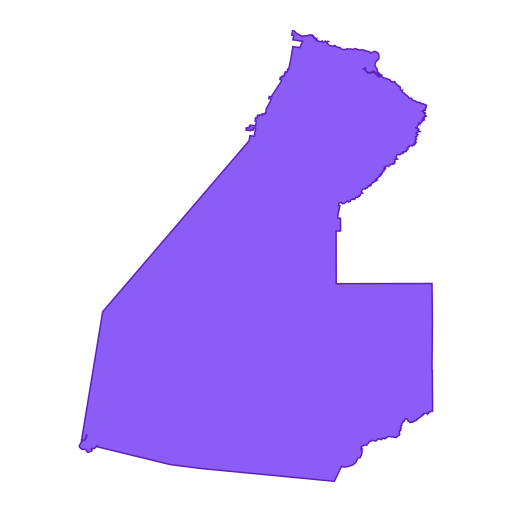 the district of Waratah-Wynyard, Tasmania, Australia
{"feature_id": "25037944B19706345556765", "entity_name": "Waratah-Wynyard", "entity_type": "district", "adm_level": 2, "iso_a3": "AUS", "parent_name": "Australia", "parent_adm1": "Tasmania", "projection": "natural_earth1", "projection_center": [145.692, -41.307], "detail": "fine", "context": "isolated", "style": "filled", "palette": "violet", "viewbox_px": 512, "rotation_deg": 0, "n_neighbors": 0, "source": "geoboundaries", "source_scale": "gbopen_adm2", "svg_char_len": 5929}
<svg xmlns="http://www.w3.org/2000/svg" viewBox="0 0 512 512"><path d="M424.6,116.1L424.8,113.9L425.3,113.4L424.9,112.4L424.2,112.1L424.4,112.9L424.0,113.1L423.5,112.1L422.2,111.5L424.2,110.1L425.4,110.2L425.3,109.7L424.6,109.6L424.4,109.1L425.9,108.1L426.3,106.6L426.1,106.1L426.5,105.7L426.2,105.2L423.4,103.9L421.1,103.6L420.3,103.0L420.1,102.4L417.2,102.2L415.8,101.2L412.0,99.9L411.8,98.3L409.2,98.1L407.5,96.0L405.3,94.4L404.4,93.2L402.1,92.2L401.9,91.2L402.5,90.2L401.5,90.4L400.6,89.6L400.2,86.9L399.3,86.3L398.7,86.4L398.4,85.7L397.0,84.9L395.0,82.4L394.7,81.6L393.2,82.0L391.4,81.6L389.8,79.7L388.0,79.0L387.5,79.3L385.8,78.2L383.6,77.9L381.3,76.2L380.1,76.6L377.9,76.4L377.4,76.0L377.2,75.0L375.6,73.9L374.6,72.4L373.2,72.3L373.4,71.7L371.5,72.4L371.3,73.0L367.9,72.9L368.1,73.6L365.5,70.3L365.0,69.0L365.2,68.2L364.0,69.0L362.4,69.1L364.0,68.9L364.9,68.1L365.3,68.2L365.1,69.0L365.9,70.7L366.7,71.2L367.0,72.1L367.9,72.6L370.7,72.5L373.4,71.2L377.6,74.0L378.4,75.7L380.4,75.9L381.0,75.4L382.5,75.1L381.6,75.1L379.2,73.6L378.7,72.6L377.8,72.1L377.1,70.7L377.2,69.2L375.0,65.9L375.0,64.6L375.8,61.9L378.8,58.7L379.0,56.2L378.5,53.6L377.1,52.3L375.4,51.5L374.1,51.5L370.4,53.1L370.1,52.3L368.4,51.3L365.4,50.9L364.7,50.2L364.2,50.4L361.8,49.6L359.6,50.2L355.1,48.5L353.5,49.5L350.9,49.0L348.5,49.1L347.2,48.6L346.3,49.5L342.4,49.5L341.3,48.9L340.2,47.8L339.2,47.3L337.8,47.4L336.2,46.7L335.3,45.7L334.5,45.7L334.1,46.1L333.9,45.8L333.6,46.1L330.9,46.0L328.9,45.1L327.8,44.0L327.3,42.9L327.3,42.2L328.5,41.5L328.0,41.3L327.1,41.6L326.8,42.4L325.2,41.1L323.6,42.3L322.4,41.7L322.4,41.0L320.3,41.7L317.7,40.9L317.6,40.3L317.0,40.5L317.1,40.2L316.3,39.9L316.4,39.5L315.8,39.5L316.2,38.9L315.8,39.1L315.5,38.5L314.7,38.4L314.9,37.8L313.7,37.4L313.9,37.1L313.6,36.3L314.2,36.1L312.2,35.8L312.1,34.9L311.0,35.2L310.0,34.7L307.4,35.7L302.5,36.0L301.5,36.5L301.3,35.8L295.7,32.8L294.5,31.0L292.5,30.7L291.8,35.1L293.7,35.3L292.9,39.8L302.7,41.3L299.7,47.6L292.9,46.6L290.9,58.8L288.6,69.4L287.6,69.2L287.0,72.1L285.4,71.8L285.1,73.3L284.7,73.2L284.2,75.8L283.4,75.7L283.3,76.3L282.0,76.2L281.8,77.4L280.3,77.2L279.9,79.5L281.5,79.8L281.2,81.5L271.8,95.8L271.6,96.8L269.2,96.4L268.9,98.7L271.0,99.0L270.7,100.7L266.3,108.6L265.7,113.1L265.1,113.0L264.9,114.1L262.3,113.7L262.0,115.2L259.4,114.9L259.3,115.6L257.5,115.3L257.1,118.0L255.6,117.8L255.1,120.9L256.2,121.1L255.6,125.8L250.3,125.1L250.1,126.1L249.4,126.0L249.2,127.8L246.3,127.8L246.0,130.1L250.6,130.7L250.7,129.8L253.1,130.2L253.5,127.9L255.6,128.2L254.3,136.3L250.0,135.6L249.1,140.8L102.7,311.7L81.4,441.1L82.0,441.2L81.6,440.5L81.8,440.0L82.2,440.0L82.7,440.5L84.8,439.8L85.6,437.9L86.3,437.2L86.3,435.0L86.7,435.0L87.2,435.6L86.4,435.2L86.5,437.1L84.9,439.9L82.7,440.6L81.8,440.2L82.2,441.3L81.4,441.5L81.2,442.5L79.4,445.3L79.4,446.9L80.7,448.5L81.8,449.2L83.3,449.5L84.5,449.3L86.0,449.8L87.3,452.0L87.9,452.4L91.8,450.9L92.1,449.9L91.3,449.2L91.9,449.1L92.4,448.4L94.3,448.6L97.6,445.3L96.5,446.6L170.3,464.6L201.7,468.6L334.4,481.3L341.6,466.2L342.5,466.2L343.0,466.9L344.0,467.1L346.6,466.9L352.4,465.1L354.8,463.4L356.2,461.7L357.9,458.0L360.2,457.7L361.3,455.2L362.3,451.0L361.6,450.7L361.0,449.3L361.3,448.8L362.2,448.8L361.1,447.3L361.7,446.4L365.0,444.9L366.9,445.1L367.1,443.9L368.4,443.3L369.3,441.5L370.4,441.4L371.7,440.5L372.7,440.4L375.8,441.1L378.4,438.7L381.3,439.7L381.9,439.4L382.2,438.5L383.0,438.1L385.1,439.0L383.8,438.3L385.6,438.5L386.2,437.6L386.8,437.7L388.3,436.4L396.4,437.5L398.0,435.7L399.1,435.4L399.8,434.3L399.1,432.2L399.5,430.4L400.5,430.7L401.1,428.4L400.9,427.3L400.3,426.9L401.9,425.2L401.6,424.0L403.7,421.1L404.4,421.2L404.5,419.8L405.1,419.1L406.7,418.7L407.4,419.3L408.1,421.0L409.1,421.8L410.5,422.5L410.9,422.0L412.6,422.3L413.7,421.1L415.9,420.7L417.5,419.3L417.7,418.5L419.5,417.8L420.7,416.4L421.7,416.3L422.0,415.2L423.2,415.0L423.5,413.8L426.4,413.2L427.2,413.5L427.4,414.2L428.3,413.4L428.6,412.3L429.9,412.2L431.7,410.8L432.6,411.2L432.3,373.0L432.3,370.4L432.0,370.4L432.4,320.9L432.0,283.5L336.2,283.7L336.1,231.1L340.6,231.0L340.6,230.2L340.5,218.2L337.9,218.2L337.8,217.9L337.8,215.6L339.9,205.8L338.6,205.6L339.1,202.7L341.4,202.6L342.5,203.7L344.1,203.5L347.1,201.3L347.9,201.1L348.4,202.0L350.3,201.3L350.2,200.6L350.7,199.9L353.1,199.0L353.8,199.6L354.3,199.5L354.8,198.7L355.4,198.6L355.7,197.4L357.4,197.5L358.4,196.5L359.4,196.3L359.2,195.5L360.3,195.2L361.1,193.4L361.7,193.0L362.5,193.1L361.4,191.6L362.3,189.3L364.6,188.6L365.2,189.1L365.9,188.0L367.4,187.9L368.2,186.2L369.5,186.3L369.8,185.0L370.8,185.5L372.4,182.5L373.5,182.4L373.6,181.6L374.3,181.8L376.9,180.3L375.7,180.0L375.5,179.6L377.1,178.4L377.5,178.6L377.6,177.7L378.6,177.2L378.8,176.3L379.9,176.3L380.5,175.6L380.2,174.7L381.3,174.5L381.2,173.4L382.2,173.3L382.7,171.8L383.3,171.2L383.8,171.3L384.0,170.8L383.6,169.8L385.5,169.0L385.4,168.3L384.8,168.6L384.1,168.3L384.8,167.0L385.8,166.9L386.2,166.3L387.6,165.7L388.5,166.5L390.7,164.4L392.1,164.4L393.0,163.8L393.6,164.1L394.5,163.4L394.1,162.4L395.1,161.7L394.5,159.5L397.6,159.0L396.1,157.8L396.8,154.9L397.4,154.5L399.9,154.8L401.4,153.5L402.0,153.4L402.4,152.7L403.1,153.2L403.3,151.8L404.5,152.0L405.7,151.2L406.4,151.4L406.7,150.1L407.9,149.2L408.1,148.4L407.5,147.9L408.5,146.6L409.2,146.8L409.5,146.1L410.9,145.3L412.2,146.0L413.4,144.3L414.1,145.1L416.0,142.8L416.0,142.5L415.2,142.6L414.9,142.2L415.1,141.8L415.9,141.8L415.4,139.7L416.5,139.3L415.4,136.9L417.0,136.5L417.0,135.7L417.8,134.6L416.6,134.3L416.9,133.6L416.2,133.3L416.3,132.7L418.3,131.8L419.9,131.6L419.2,131.1L418.8,129.9L418.5,130.5L417.9,130.3L418.1,128.9L417.7,128.0L417.1,127.8L416.2,128.4L415.8,127.7L417.0,127.5L418.6,124.1L418.7,123.2L419.6,123.4L419.9,124.1L420.2,122.6L421.3,122.6L422.3,121.0L422.2,120.0L423.2,120.4L424.4,119.9L424.1,118.6L423.5,119.1L423.1,118.1L422.2,117.7L423.9,117.7L424.9,116.7L426.2,116.4L425.9,115.7L424.6,116.1Z" fill="#8b5cf6" stroke="#5b21b6" stroke-width="1.5"/></svg>